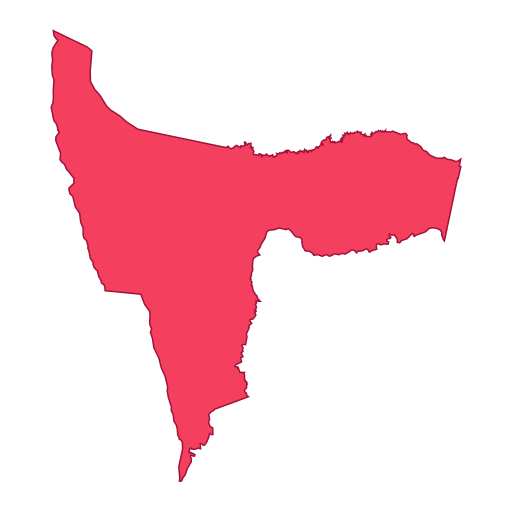 outline of Juan B. Alberdi, Tucumán, Argentina
{"feature_id": "61730980B38664240857483", "entity_name": "Juan B. Alberdi", "entity_type": "district", "adm_level": 2, "iso_a3": "ARG", "parent_name": "Argentina", "parent_adm1": "Tucumán", "projection": "robinson", "projection_center": [-65.664, -27.636], "detail": "fine", "context": "isolated", "style": "filled", "palette": "rose", "viewbox_px": 512, "rotation_deg": 0, "n_neighbors": 0, "source": "geoboundaries", "source_scale": "gbopen_adm2", "svg_char_len": 6056}
<svg xmlns="http://www.w3.org/2000/svg" viewBox="0 0 512 512"><path d="M460.7,159.2L457.8,161.2L455.7,161.5L451.5,159.9L447.3,159.3L444.2,157.3L442.1,158.3L436.4,158.1L430.1,155.3L426.2,151.2L425.6,151.4L423.0,150.1L421.1,147.0L417.7,144.4L416.5,143.8L414.7,144.0L413.4,142.9L410.7,142.3L409.0,140.4L407.5,139.8L406.5,137.0L407.2,135.4L406.1,133.8L405.1,133.3L400.7,134.4L392.6,131.1L390.9,132.0L386.7,131.8L385.0,131.5L385.3,130.5L383.8,131.9L382.5,131.0L382.4,131.7L381.2,131.8L380.6,130.8L379.8,131.3L378.6,130.5L377.7,131.8L376.0,131.5L375.6,132.4L374.9,132.4L373.6,133.8L372.4,133.8L372.7,133.2L372.0,132.4L370.7,134.7L371.9,135.7L370.3,136.6L366.2,136.4L366.0,135.3L364.2,135.7L364.8,134.2L363.6,134.9L361.2,134.1L361.1,131.6L360.9,132.7L360.3,133.0L359.6,132.1L358.6,132.4L357.5,131.3L357.4,132.1L354.5,132.4L353.4,133.7L352.7,133.1L351.3,133.5L350.5,132.6L349.0,134.3L348.5,133.6L347.8,133.9L347.4,132.4L345.9,133.6L344.8,133.3L345.3,134.6L344.4,135.5L343.0,135.1L343.8,137.1L342.1,137.4L341.8,138.0L342.6,138.1L342.5,139.3L341.0,139.0L340.3,140.3L341.4,141.4L342.4,141.1L342.1,142.3L338.8,141.4L337.9,142.1L334.8,142.8L334.9,141.9L334.0,141.6L333.4,142.3L332.7,141.6L332.3,142.4L331.6,141.9L330.5,142.4L329.9,139.4L331.6,137.7L329.4,138.4L328.6,137.4L330.6,135.9L330.6,135.1L329.6,136.4L326.8,137.3L325.8,140.0L323.4,140.1L321.3,142.3L321.1,143.3L322.5,143.8L323.1,144.9L320.9,144.7L318.1,147.9L317.7,147.0L316.2,146.9L314.8,149.5L311.5,150.2L311.7,151.4L310.0,150.5L308.8,150.6L308.0,151.5L308.5,152.1L308.1,152.6L306.4,151.6L306.9,151.0L306.4,150.2L305.3,150.5L304.6,149.5L304.0,151.8L303.7,150.8L303.6,151.6L302.9,151.8L302.1,151.0L300.5,151.6L300.0,150.6L298.7,152.4L297.8,151.1L298.1,152.5L297.5,153.9L295.7,152.3L296.0,153.1L295.4,153.2L294.2,151.7L290.9,152.4L288.6,150.3L285.9,150.5L285.0,151.2L287.1,151.2L287.2,152.7L284.7,151.9L284.0,152.6L281.3,152.6L281.0,153.6L279.5,152.9L278.7,154.0L276.7,153.5L277.3,154.5L276.7,155.9L275.3,156.0L274.6,157.0L273.5,157.3L272.6,154.7L269.8,156.3L268.9,155.5L267.8,155.7L266.6,154.0L265.1,155.4L263.0,155.3L261.6,156.7L261.2,156.1L261.6,154.5L259.2,153.7L258.5,155.4L255.5,154.5L253.6,154.8L253.2,153.7L253.9,151.6L253.2,150.1L252.2,149.7L253.0,147.6L250.6,147.6L251.4,146.5L250.8,145.4L251.0,143.3L248.5,143.7L247.2,144.9L245.0,141.9L244.4,142.4L245.2,145.2L242.8,146.2L240.9,145.8L240.6,147.6L236.6,145.4L234.7,146.3L233.8,147.7L231.2,148.7L229.1,147.8L228.3,146.3L227.1,146.7L226.6,147.6L225.5,147.5L137.8,129.2L126.7,122.0L120.0,116.1L110.4,109.9L106.8,106.4L100.0,95.4L94.8,89.5L90.5,81.6L90.2,71.2L91.9,51.0L87.5,47.2L53.3,30.7L54.1,35.7L56.0,38.6L58.0,40.1L53.2,47.7L52.1,51.5L51.9,54.1L52.6,60.5L51.8,65.8L52.3,74.9L54.0,79.9L53.3,90.2L53.4,98.5L52.9,103.1L51.2,107.1L53.6,119.4L54.4,121.4L55.9,123.0L57.5,127.2L57.8,130.1L59.2,132.5L56.0,136.7L55.7,140.3L60.6,153.4L60.0,159.5L61.3,161.6L64.4,164.3L66.9,169.8L68.4,171.1L74.0,178.5L73.8,183.4L69.0,188.0L68.9,189.5L70.0,193.8L72.8,196.3L75.3,206.8L79.6,213.3L80.7,222.2L83.1,228.1L83.2,235.5L84.1,238.2L86.5,240.6L88.0,245.9L87.9,248.4L88.9,250.7L90.3,258.4L93.1,262.2L93.0,264.3L94.0,267.1L95.6,269.3L97.2,270.4L98.8,276.7L100.9,280.1L101.6,283.2L103.9,284.6L104.9,287.2L105.1,290.7L140.8,294.2L144.6,304.2L149.7,311.5L150.1,315.1L149.6,322.2L150.0,325.0L151.7,329.2L150.4,332.2L152.5,338.6L153.8,347.6L158.8,357.8L161.3,367.8L165.0,375.9L167.7,386.8L167.2,390.7L168.4,397.6L171.4,406.8L171.2,410.6L173.2,414.6L173.9,421.0L176.2,424.8L177.3,428.9L177.7,435.1L178.9,436.8L179.2,439.1L181.3,440.4L182.4,442.4L182.6,448.9L178.8,466.7L179.8,478.5L179.3,481.1L180.8,481.3L182.0,480.3L182.9,477.8L185.2,474.9L187.3,468.5L191.2,461.9L191.4,458.9L190.4,456.5L190.6,455.1L194.1,456.3L194.8,455.7L194.9,454.7L194.1,454.1L190.8,452.5L189.1,452.7L189.7,448.8L190.8,448.0L191.8,449.1L194.3,449.4L198.3,448.1L200.6,448.8L200.2,443.8L201.7,443.5L202.9,445.1L204.5,445.1L206.4,442.7L208.7,437.3L209.6,433.5L212.2,434.8L212.9,434.5L212.7,427.9L210.2,426.6L208.5,422.4L209.6,419.4L208.8,414.2L211.5,411.5L213.8,410.4L214.4,409.3L248.4,396.7L246.7,395.3L246.5,393.3L244.7,391.9L244.7,389.7L246.6,387.8L246.6,384.7L247.2,384.2L246.5,381.7L245.5,381.6L245.3,380.2L244.5,379.9L244.6,375.2L243.8,373.7L244.5,372.4L239.9,372.4L238.9,369.2L237.7,368.4L238.3,367.9L238.0,367.0L235.1,366.7L234.9,366.1L236.0,364.6L241.6,361.9L240.6,357.8L243.0,356.6L241.0,352.8L243.0,351.5L242.6,349.6L243.1,348.1L241.8,345.3L242.8,344.4L245.6,344.6L247.0,336.9L246.4,334.0L249.0,328.1L249.2,327.1L248.7,325.7L251.7,323.4L249.8,320.6L250.0,319.6L253.2,318.9L255.7,315.4L255.7,314.3L254.6,312.8L256.1,311.4L254.6,310.5L255.8,309.7L255.9,308.0L256.5,307.4L255.6,304.5L256.0,303.2L256.5,303.1L256.0,301.0L260.2,301.3L257.5,298.3L257.1,296.1L255.3,294.3L252.9,290.1L252.7,287.9L251.8,286.2L252.3,285.6L251.2,284.7L252.0,282.1L251.3,281.6L250.6,279.6L251.0,279.2L250.3,278.0L251.2,276.3L251.7,272.1L252.8,270.2L252.4,265.7L253.0,259.5L253.8,258.2L256.5,256.1L259.8,255.0L257.8,252.6L257.6,250.6L259.9,247.7L261.0,244.5L265.0,238.2L266.7,232.0L268.9,230.2L274.9,229.6L278.9,228.0L286.2,229.6L288.2,228.6L290.8,230.8L295.5,236.5L300.8,237.7L302.1,240.1L301.8,241.7L302.6,246.5L305.3,250.9L309.3,251.2L312.3,253.0L313.8,255.3L317.7,254.6L322.2,256.3L325.7,254.8L326.9,254.8L329.1,256.1L330.5,256.0L334.7,253.8L338.6,254.7L342.4,253.3L344.9,254.1L348.9,252.0L351.6,249.9L354.2,250.3L356.6,252.9L358.1,251.1L361.9,251.0L366.1,249.0L367.6,249.3L369.0,251.8L369.8,252.1L372.0,250.5L376.7,249.3L376.3,245.3L377.2,244.0L379.3,243.9L379.8,244.6L381.5,244.7L384.0,243.8L387.7,244.3L388.3,243.9L388.6,242.0L386.8,240.8L386.6,239.7L388.0,238.7L390.2,238.5L390.8,237.6L390.6,236.7L388.8,235.7L389.6,234.0L392.0,235.2L394.3,234.8L397.4,239.5L397.2,242.2L399.2,242.8L400.3,242.4L401.1,240.7L406.9,238.8L412.2,233.5L413.3,234.0L413.6,235.8L414.5,236.4L416.0,235.2L425.3,231.9L429.1,228.6L431.5,227.8L436.3,228.2L440.2,230.0L441.7,232.2L441.7,234.8L443.4,239.7L444.4,240.9L456.6,182.7L457.6,178.3L458.2,178.4L460.8,166.6L459.3,166.0L460.7,159.2Z" fill="#f43f5e" stroke="#9f1239" stroke-width="1.5"/></svg>